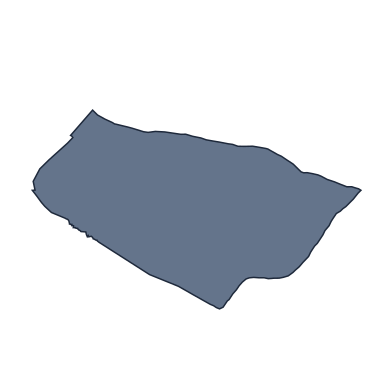 outline of Ondo West, Ondo, Nigeria, rotated 214°
{"feature_id": "59680162B72514771239598", "entity_name": "Ondo West", "entity_type": "district", "adm_level": 2, "iso_a3": "NGA", "parent_name": "Nigeria", "parent_adm1": "Ondo", "projection": "mercator", "projection_center": [4.735, 6.975], "detail": "fine", "context": "isolated", "style": "filled", "palette": "slate", "viewbox_px": 384, "rotation_deg": 214, "n_neighbors": 0, "source": "geoboundaries", "source_scale": "gbopen_adm2", "svg_char_len": 2225}
<svg xmlns="http://www.w3.org/2000/svg" viewBox="0 0 384 384"><g transform="rotate(214 192 192)"><path d="M297.1,96.4L282.7,99.3L281.1,99.4L279.9,99.8L278.9,99.6L277.7,99.0L277.3,98.7L276.7,98.0L275.9,97.3L275.7,97.0L275.3,97.3L275.1,97.1L274.7,97.2L274.3,97.3L274.1,97.4L273.9,97.6L273.5,97.9L273.4,97.7L272.8,96.9L271.8,97.6L271.4,97.8L270.9,97.0L270.5,96.1L270.1,96.4L269.2,97.0L268.9,97.2L268.8,96.9L267.5,97.3L266.5,97.9L266.3,97.7L266.1,97.5L265.6,97.5L264.3,97.2L264.0,97.4L263.5,97.4L262.8,97.4L262.4,97.2L262.1,97.1L261.9,97.2L261.5,97.3L261.2,97.6L260.9,97.7L257.7,99.5L256.0,97.9L255.5,97.5L253.8,96.4L253.7,97.9L253.2,97.6L252.5,97.1L251.6,98.1L250.7,99.0L249.4,98.8L248.5,98.5L247.6,97.9L247.3,98.2L244.6,98.4L243.7,98.9L243.2,98.5L242.5,98.4L241.6,98.4L241.2,98.3L233.4,98.5L225.0,98.7L181.0,99.8L150.6,106.2L143.0,106.8L132.3,107.6L114.0,109.1L110.6,109.8L107.2,109.8L103.8,110.5L101.8,113.9L101.8,118.7L101.8,121.5L101.1,123.5L101.2,130.3L100.5,135.8L100.5,140.6L99.9,145.4L99.4,147.1L98.5,150.2L96.5,152.9L93.1,155.7L88.4,158.4L84.3,161.2L80.3,162.8L77.6,164.9L76.2,166.1L72.6,168.6L71.4,169.5L68.7,172.2L65.3,176.3L63.3,181.8L62.6,185.2L61.3,190.0L60.7,195.5L60.0,199.6L59.3,203.7L60.0,208.5L60.1,212.6L60.1,216.0L59.4,219.4L59.5,229.7L60.2,234.4L59.5,240.6L60.2,245.4L60.3,248.8L60.3,252.2L60.3,254.9L58.3,259.1L57.6,262.5L56.3,265.9L55.0,272.7L54.3,276.2L53.7,283.8L52.9,287.9L55.7,287.8L57.8,287.1L59.7,286.5L62.5,285.7L66.6,282.9L72.0,281.7L72.7,281.5L79.5,280.1L87.0,278.0L93.8,277.3L97.2,276.6L102.6,274.5L107.4,272.4L110.1,270.4L112.8,269.7L116.2,270.3L123.7,271.7L131.9,271.6L138.0,271.6L142.1,270.9L151.0,270.2L153.0,270.1L155.1,269.4L161.2,266.7L167.3,263.9L174.1,259.1L179.5,255.6L184.9,254.2L187.8,252.8L188.5,252.4L197.2,248.7L203.3,245.9L209.4,243.2L214.8,241.8L222.7,238.5L229.5,236.4L233.5,233.6L248.1,226.6L256.3,221.7L261.7,216.9L265.8,214.9L277.3,211.4L281.4,210.0L288.9,207.2L293.0,205.7L294.3,205.1L296.4,205.1L305.2,203.7L313.4,203.0L320.2,204.3L324.3,171.0L322.8,171.1L321.2,170.5L322.5,162.9L328.5,138.8L331.1,126.1L329.6,112.0L323.2,105.8L325.3,104.1L318.3,101.8L312.5,99.7L310.8,99.1L306.4,97.9L306.0,97.8L297.1,96.4Z" fill="#64748b" stroke="#1e293b" stroke-width="1.5"/></g></svg>